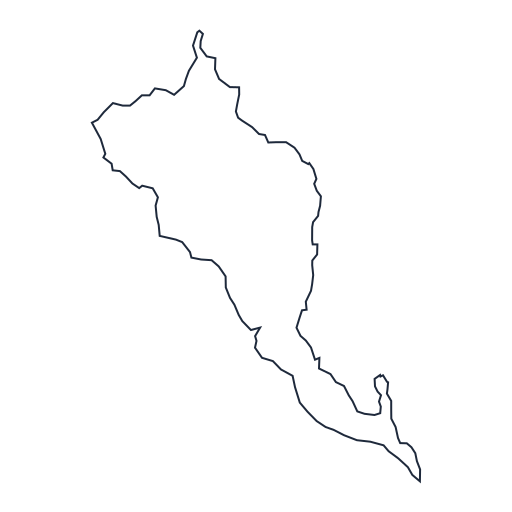 outline of Lofou, Limassol, Cyprus
{"feature_id": "46923920B39647267644657", "entity_name": "Lofou", "entity_type": "district", "adm_level": 2, "iso_a3": "CYP", "parent_name": "Cyprus", "parent_adm1": "Limassol", "projection": "orthographic", "projection_center": [32.884, 34.797], "detail": "fine", "context": "isolated", "style": "outline", "palette": "slate", "viewbox_px": 512, "rotation_deg": 0, "n_neighbors": 0, "source": "geoboundaries", "source_scale": "gbopen_adm2", "svg_char_len": 2082}
<svg xmlns="http://www.w3.org/2000/svg" viewBox="0 0 512 512"><path d="M91.9,122.7L100.7,139.0L105.3,153.8L103.4,157.5L111.6,163.7L112.7,170.3L119.9,171.1L126.0,176.6L132.4,183.5L139.2,188.1L142.2,185.7L152.7,188.3L157.9,197.3L155.6,205.6L156.7,216.9L158.7,224.9L159.7,235.9L175.9,239.6L182.2,242.1L190.0,252.1L191.4,257.6L201.1,259.5L211.6,260.2L218.7,266.4L225.6,276.4L225.8,287.5L230.0,297.9L234.4,304.7L238.7,314.9L242.3,321.1L250.9,330.0L260.1,327.6L255.1,336.1L256.5,340.9L255.0,347.7L262.0,357.8L272.9,361.1L281.0,369.5L292.6,375.8L295.0,387.1L299.8,402.6L307.5,411.7L316.7,421.1L325.6,427.0L333.7,429.9L344.0,435.2L356.9,440.2L370.3,441.7L383.6,445.3L388.6,451.2L398.3,458.4L407.9,467.2L412.3,474.9L415.6,477.7L419.9,481.3L420.1,469.4L416.9,461.1L415.3,453.2L411.4,447.2L406.8,443.3L400.2,443.1L398.0,438.0L395.6,427.0L391.3,418.7L391.2,409.4L391.2,400.9L386.9,393.6L387.5,389.2L388.1,382.3L387.0,381.8L383.0,375.3L380.5,376.5L380.1,375.0L374.6,378.9L375.0,386.4L377.6,391.6L381.0,395.2L379.0,401.6L380.8,406.6L380.2,413.2L374.5,415.0L364.5,413.8L357.6,411.5L357.3,411.4L357.2,411.2L352.6,401.2L348.8,395.4L344.0,386.0L335.9,382.1L330.5,374.1L319.0,368.5L319.4,357.9L315.0,359.7L311.0,347.5L305.8,340.5L300.5,335.9L296.5,327.7L299.7,317.3L302.0,310.3L306.6,309.7L305.8,301.7L311.0,290.8L312.1,284.4L313.2,275.1L312.2,265.2L312.3,260.5L317.1,254.5L317.4,244.4L312.7,244.4L312.1,240.3L312.2,227.0L313.1,222.1L318.1,215.9L318.5,212.0L320.1,205.8L320.9,196.3L316.8,190.8L314.2,183.8L316.4,178.9L313.4,169.0L309.3,163.1L308.3,164.1L302.2,160.9L299.5,154.4L294.5,147.7L286.1,142.2L281.3,142.2L276.1,142.2L268.3,142.5L265.0,135.0L259.0,134.0L252.2,127.2L241.9,120.5L238.1,117.7L235.9,111.5L237.2,104.3L239.2,94.5L239.1,87.3L229.9,87.1L219.1,79.0L215.0,69.3L215.4,58.2L206.7,56.4L200.3,47.8L200.7,41.0L202.9,33.9L199.4,30.7L197.3,32.3L193.0,45.6L196.9,57.7L188.9,70.8L185.9,79.0L183.9,86.1L174.1,94.8L165.8,90.2L154.9,88.4L149.6,95.3L141.9,95.3L135.7,101.0L130.0,105.6L122.7,105.6L112.9,103.1L103.8,112.2L97.6,119.8L91.9,122.7Z" fill="none" stroke="#1e293b" stroke-width="2"/></svg>